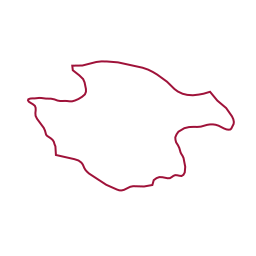 Bắc Kạn, Equal Earth projection, rotated 100°
{"feature_id": "VNM-451", "entity_name": "Bắc Kạn", "entity_type": "Province", "adm_level": 1, "iso_a3": "VNM", "parent_name": "Vietnam", "parent_adm1": "", "projection": "equal_earth", "projection_center": [105.864, 22.252], "detail": "fine", "context": "isolated", "style": "outline", "palette": "rose", "viewbox_px": 256, "rotation_deg": 100, "n_neighbors": 0, "source": "natural_earth", "source_scale": "10m", "svg_char_len": 1640}
<svg xmlns="http://www.w3.org/2000/svg" viewBox="0 0 256 256"><g transform="rotate(100 128 128)"><path d="M76.3,193.7L74.4,183.8L68.5,170.7L67.1,166.0L66.2,160.8L65.1,149.2L66.1,124.2L67.0,118.4L68.5,113.3L70.3,108.6L75.6,97.7L81.5,89.1L83.4,85.3L84.8,80.2L85.1,75.5L84.5,69.8L82.8,64.1L81.1,59.5L78.1,53.5L85.5,44.8L91.3,34.8L98.5,27.6L101.1,25.8L103.7,24.8L105.7,24.7L110.7,26.2L111.7,27.0L112.2,28.6L112.3,30.7L111.8,33.3L110.0,39.2L109.6,42.2L109.7,45.1L110.3,48.1L111.2,50.7L114.0,56.5L114.9,59.9L115.5,63.7L116.5,68.1L118.4,72.5L122.9,77.7L125.9,79.1L129.0,79.8L131.4,79.2L133.8,78.1L136.3,75.8L138.8,74.0L142.9,72.0L144.4,70.9L145.9,69.5L147.9,68.1L156.3,64.9L161.9,64.4L164.5,65.3L166.0,67.0L166.1,69.2L166.0,71.3L166.2,73.3L167.2,74.9L168.8,76.5L170.1,78.0L170.6,80.2L170.5,85.6L170.9,88.6L172.4,91.2L174.9,93.6L179.9,94.1L182.8,102.0L184.4,112.8L185.5,115.6L189.6,121.2L190.6,123.5L190.9,125.7L190.5,128.3L187.7,139.6L179.6,158.5L178.2,160.7L176.8,162.5L175.1,164.0L171.8,166.2L170.2,167.9L168.6,171.1L168.0,175.3L167.1,194.3L158.7,196.3L156.8,197.5L154.4,198.7L152.8,200.2L151.6,202.2L149.8,206.3L148.8,207.5L145.0,209.3L142.5,211.0L134.7,219.2L132.1,221.1L129.4,221.8L126.5,222.0L124.1,222.5L122.3,223.6L121.1,225.8L120.2,228.2L119.3,230.3L118.1,231.3L117.0,231.1L116.0,229.4L115.5,227.5L115.1,225.2L113.8,220.7L113.5,218.5L113.3,214.1L112.5,208.8L112.6,205.4L113.2,202.2L113.2,199.4L112.8,197.2L112.3,195.0L112.0,192.7L111.9,190.5L111.5,187.8L110.2,185.1L108.1,181.9L105.3,178.7L102.4,176.3L99.6,175.7L96.9,176.2L90.6,178.7L87.6,180.7L84.6,185.1L80.7,192.4L76.3,193.7Z" fill="none" stroke="#9f1239" stroke-width="2"/></g></svg>